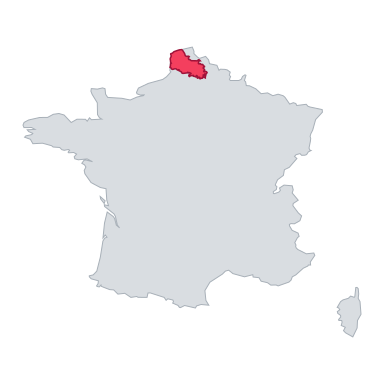 Pas-de-Calais on a map of France (Natural Earth projection)
{"feature_id": "FRA-5334", "entity_name": "Pas-de-Calais", "entity_type": "Metropolitan department", "adm_level": 1, "iso_a3": "FRA", "parent_name": "France", "parent_adm1": "", "projection": "natural_earth1", "projection_center": [2.469, 50.516], "detail": "fine", "context": "in_parent", "style": "filled", "palette": "rose", "viewbox_px": 384, "rotation_deg": 0, "n_neighbors": 0, "source": "natural_earth", "source_scale": "10m", "svg_char_len": 6521}
<svg xmlns="http://www.w3.org/2000/svg" viewBox="0 0 384 384"><path d="M311.1,150.5L308.3,151.9L306.6,154.6L304.9,155.2L301.6,155.3L300.0,153.6L296.1,154.7L294.5,156.4L296.9,158.5L289.3,167.3L284.4,169.7L283.4,175.4L277.6,179.7L275.5,184.3L275.3,185.2L276.9,186.7L276.3,189.6L273.3,191.6L273.4,193.5L274.2,193.7L278.7,192.2L280.4,190.4L279.5,188.0L284.0,185.1L292.2,185.8L293.2,189.8L292.2,193.0L298.2,200.2L293.2,203.5L292.9,205.7L298.3,212.9L301.6,215.9L299.9,220.7L294.4,223.8L290.9,223.6L289.4,224.4L289.5,225.9L292.1,230.3L298.1,233.1L299.1,236.4L297.5,237.6L294.8,242.6L296.0,245.1L295.6,246.2L296.2,247.9L297.8,249.5L306.3,253.8L313.8,253.0L314.8,255.4L310.3,262.0L310.6,265.0L308.3,265.0L307.9,266.0L303.3,268.2L295.8,274.9L292.3,276.8L291.0,280.2L288.9,282.1L278.1,285.9L276.1,285.0L270.8,285.1L267.5,282.7L261.1,281.2L259.0,277.7L253.1,277.0L252.8,274.7L244.5,276.8L232.9,273.6L228.7,270.2L225.4,271.1L222.4,274.1L209.9,282.2L204.9,290.6L205.9,300.4L208.8,305.2L201.1,304.5L196.6,305.9L195.4,308.0L184.6,305.5L180.5,307.6L179.4,307.4L178.0,305.4L172.7,303.1L173.5,301.4L172.8,300.0L167.8,298.8L166.1,300.3L164.2,297.4L150.2,292.9L148.0,293.0L147.0,297.4L138.0,297.3L136.7,296.5L130.9,297.4L124.8,293.3L117.9,294.1L113.7,289.9L109.7,289.6L103.9,287.4L101.3,286.3L101.0,285.0L99.3,286.9L97.1,286.5L96.6,285.9L98.1,283.6L98.4,280.8L91.2,278.8L89.3,276.8L89.3,275.8L93.2,274.9L96.8,271.1L100.3,257.3L102.9,241.1L104.7,238.1L107.0,237.2L105.2,235.0L103.0,237.9L104.5,223.1L107.2,212.0L113.2,216.5L114.6,218.5L116.3,225.1L119.6,227.9L117.4,225.2L115.4,216.4L114.0,213.9L104.6,206.5L104.3,204.8L108.5,205.7L106.8,200.2L106.0,188.7L100.3,187.5L91.1,182.6L84.9,173.8L84.2,170.5L85.9,167.0L84.5,164.8L81.8,163.3L84.0,160.3L85.9,160.0L92.5,161.7L87.1,158.9L78.3,159.8L74.8,158.8L74.2,156.8L76.6,154.1L73.7,152.5L68.7,152.8L68.1,152.2L69.6,150.2L68.4,149.5L64.2,150.3L61.9,149.7L59.7,147.5L53.1,147.0L51.6,145.7L42.5,143.2L32.9,143.7L30.4,139.3L24.6,137.2L25.8,135.9L31.7,134.6L32.8,133.4L28.7,131.6L27.2,129.8L35.0,129.4L31.5,127.5L24.0,127.6L23.0,125.1L24.1,122.4L28.6,120.0L39.6,117.5L47.6,117.4L53.3,114.3L58.9,113.5L64.1,115.0L71.2,122.5L77.0,119.2L85.5,119.3L87.2,121.2L89.5,117.8L91.4,119.7L101.8,119.1L99.4,117.7L97.5,114.6L97.3,102.8L92.1,94.3L90.9,91.2L91.3,88.6L97.4,89.1L102.6,87.9L105.0,88.7L105.6,94.2L107.7,97.4L121.9,98.3L130.2,100.0L137.1,97.0L143.6,95.6L144.1,94.8L140.4,95.1L137.0,93.8L136.5,92.4L138.4,88.1L148.3,83.4L162.8,79.4L166.6,76.7L170.9,71.9L169.9,70.7L170.6,57.6L172.8,53.3L178.3,50.3L192.3,47.1L194.0,51.3L193.9,53.6L197.7,57.3L199.5,58.4L205.6,56.4L208.6,59.9L209.5,63.7L216.9,65.3L219.0,70.3L220.4,69.2L225.0,69.4L227.2,69.9L230.2,72.1L229.3,75.1L230.6,76.6L229.4,79.3L230.3,80.5L238.8,80.5L241.3,79.3L242.5,76.5L245.0,74.8L246.0,75.3L244.4,80.5L245.6,81.8L246.3,85.6L249.5,85.8L255.8,88.8L261.1,93.7L267.6,92.9L272.8,95.7L278.1,94.2L283.1,95.7L284.9,97.2L289.7,104.1L293.3,102.7L295.8,103.5L296.7,105.5L306.2,104.3L308.0,106.3L310.0,107.0L322.2,109.6L322.4,112.2L315.6,119.6L312.7,130.1L310.8,133.8L310.1,136.5L310.7,138.3L310.4,141.2L309.0,148.1L309.9,150.1L311.1,150.5ZM358.7,293.9L358.2,298.4L360.0,301.6L361.0,314.3L357.5,320.5L357.1,328.0L352.8,336.9L345.7,332.9L343.5,330.7L345.3,327.3L341.2,325.5L342.1,322.2L341.7,320.5L338.8,320.4L338.6,319.5L340.7,317.0L340.6,315.4L337.8,313.4L337.3,311.6L339.8,309.7L338.6,307.9L337.2,307.4L340.6,301.6L343.0,299.9L348.4,298.3L350.6,296.1L354.2,297.3L354.8,296.7L355.8,287.5L357.0,287.4L358.2,288.6L358.7,293.9ZM105.1,200.8L104.2,203.5L100.6,198.9L100.2,196.5L105.1,200.8Z" fill="#d9dde1" stroke="#a8b0b8" stroke-width="1"/><path d="M170.9,68.4L171.3,68.4L171.3,68.2L170.0,67.4L170.0,67.2L170.4,66.2L170.5,64.9L170.6,63.7L171.3,63.2L170.7,62.4L170.6,62.0L170.5,60.7L170.2,59.4L170.2,58.8L170.3,58.3L170.8,57.1L171.1,56.7L171.2,56.1L171.1,55.5L170.7,54.4L170.7,54.0L170.7,53.8L171.2,53.5L171.4,53.4L171.9,53.4L172.3,53.2L172.7,52.9L173.4,52.2L174.1,51.6L178.5,50.1L178.9,50.1L179.7,49.8L181.7,49.6L182.7,50.5L184.6,53.5L185.3,55.7L185.9,56.1L186.5,56.3L188.6,56.2L189.0,56.4L189.3,56.7L189.0,57.0L188.6,57.3L188.4,57.7L188.3,58.0L188.6,58.3L188.7,58.5L188.6,59.1L188.6,59.3L188.8,59.5L189.0,59.6L189.6,59.6L190.0,59.7L191.1,60.6L191.5,60.7L196.6,60.8L196.9,60.9L197.1,60.9L197.5,60.7L198.2,59.9L198.7,59.7L199.1,59.8L199.5,60.0L200.2,60.8L199.8,60.8L199.5,60.9L199.1,61.1L198.8,61.4L198.7,61.7L198.7,62.3L198.6,62.7L198.4,62.9L198.3,63.0L198.4,63.4L198.5,63.6L198.7,63.8L199.2,63.9L200.0,63.7L200.4,63.7L200.7,64.0L200.9,64.3L201.1,64.5L202.2,64.4L202.6,64.4L202.9,64.6L203.0,64.8L203.1,65.0L203.3,65.6L203.5,66.0L204.3,66.1L204.5,66.3L204.5,66.8L204.1,67.1L203.3,67.6L203.2,68.1L203.6,68.6L204.2,69.1L204.6,69.7L204.6,70.0L204.6,70.3L203.9,70.8L203.7,71.1L203.7,71.5L203.9,71.7L204.2,71.8L205.0,71.4L205.4,71.4L205.9,71.5L206.3,71.6L207.0,72.3L207.1,72.5L207.0,72.9L206.4,73.5L206.1,73.9L205.3,77.2L205.3,77.9L203.9,77.2L203.7,77.1L203.0,77.1L202.7,77.2L202.6,77.3L202.7,77.8L202.6,78.1L202.4,78.2L202.0,78.3L201.1,78.3L200.7,78.5L200.2,78.8L199.8,78.7L199.7,78.5L199.8,78.3L199.8,78.0L199.8,77.8L199.8,77.6L199.7,77.4L199.4,77.2L199.1,77.3L198.3,77.9L197.8,78.2L197.6,78.2L197.4,78.1L197.3,77.9L197.4,77.7L197.7,77.4L197.8,77.2L197.8,76.8L197.5,76.4L197.3,76.1L197.0,75.8L196.8,75.6L196.6,75.5L196.4,75.6L196.3,75.8L196.3,76.0L196.2,76.2L196.2,76.5L196.3,76.7L196.3,76.8L196.1,77.0L195.9,77.0L195.5,76.8L195.2,76.6L194.7,76.5L193.7,76.3L193.4,76.2L193.3,75.9L193.4,75.7L193.3,75.4L192.9,75.4L192.6,75.5L192.4,75.6L192.1,75.7L191.8,75.7L191.3,75.6L190.7,75.6L190.4,75.7L190.2,75.8L190.1,76.0L189.9,76.4L189.8,76.5L189.5,76.6L189.3,76.5L189.1,76.3L189.0,76.1L188.9,75.9L188.8,75.7L188.8,75.3L188.9,75.1L189.0,75.0L189.3,74.6L189.8,74.3L190.5,73.9L190.8,73.8L191.0,73.6L191.0,73.4L190.7,73.2L189.7,72.7L189.3,72.6L189.0,72.7L188.8,72.9L188.6,73.0L188.4,73.0L188.2,72.7L187.9,72.3L187.7,72.3L187.4,72.5L187.2,72.9L186.9,72.9L186.3,73.0L185.7,73.1L185.1,73.1L184.8,73.2L184.2,73.3L182.8,73.4L182.5,73.3L182.2,73.2L181.8,72.9L181.6,72.7L181.5,72.4L181.5,72.2L181.3,71.8L180.9,71.6L178.8,70.6L178.7,70.4L178.8,70.3L179.0,70.1L179.1,69.9L178.8,69.7L178.4,69.7L178.2,69.8L178.1,70.0L177.9,70.1L177.6,70.1L177.2,69.9L177.0,69.7L176.7,69.3L176.5,69.2L176.1,68.9L175.7,68.8L175.2,68.8L174.3,68.9L172.9,69.4L172.6,69.4L172.3,69.4L172.0,69.2L171.7,69.1L171.1,68.5L170.9,68.4ZM203.7,75.8L204.3,75.5L204.9,75.5L204.8,74.8L204.7,74.2L204.4,74.6L204.1,74.8L203.7,74.9L203.3,74.9L203.2,75.7L203.7,75.8Z" fill="#f43f5e" stroke="#9f1239" stroke-width="1.5"/></svg>